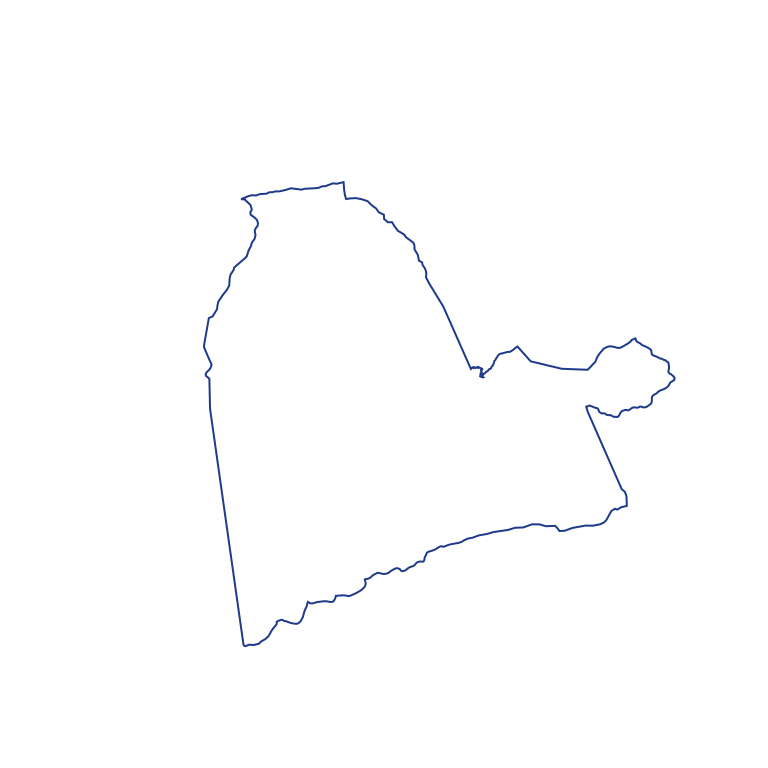 Cafayate, Salta, Argentina, rotated 59°
{"feature_id": "61730980B8590137946072", "entity_name": "Cafayate", "entity_type": "district", "adm_level": 2, "iso_a3": "ARG", "parent_name": "Argentina", "parent_adm1": "Salta", "projection": "equal_earth", "projection_center": [-65.829, -26.11], "detail": "fine", "context": "isolated", "style": "outline", "palette": "blue", "viewbox_px": 768, "rotation_deg": 59, "n_neighbors": 0, "source": "geoboundaries", "source_scale": "gbopen_adm2", "svg_char_len": 6141}
<svg xmlns="http://www.w3.org/2000/svg" viewBox="0 0 768 768"><g transform="rotate(59 384 384)"><path d="M237.3,500.2L257.3,517.6L259.6,519.3L273.3,521.2L276.5,521.5L278.7,521.9L280.7,524.1L281.7,526.2L282.7,530.4L284.1,532.1L286.0,532.3L287.4,531.6L289.6,531.0L315.5,545.8L535.3,638.8L536.6,638.5L537.3,638.0L537.6,636.1L538.2,633.6L540.8,629.8L541.0,628.7L542.1,625.4L542.1,624.4L541.6,622.6L541.4,621.4L541.4,620.5L541.5,619.5L541.5,616.8L541.0,614.8L540.9,613.5L538.9,609.6L538.1,608.5L537.5,607.3L536.9,605.9L536.3,604.7L535.0,600.6L534.4,599.5L533.7,599.0L532.6,598.5L532.5,597.6L532.5,596.8L533.3,593.4L533.6,592.8L534.2,592.3L535.1,592.0L536.1,591.3L536.9,590.1L538.5,588.9L540.9,586.9L543.0,584.6L544.6,582.4L544.9,580.8L544.8,579.2L544.4,577.9L543.8,576.7L542.0,573.6L541.1,572.6L540.3,571.8L539.7,571.3L537.9,569.3L536.2,567.1L535.6,566.0L534.6,564.7L532.2,562.3L531.6,561.4L533.0,560.8L533.9,560.1L535.0,558.8L535.5,557.5L535.9,556.2L536.1,554.6L538.8,548.4L540.3,545.6L543.2,542.3L544.3,539.8L544.0,538.6L543.2,537.1L541.9,535.4L540.8,534.4L542.5,530.9L544.3,527.5L545.4,526.0L547.4,523.9L548.0,522.5L548.3,520.6L548.9,515.5L549.0,511.4L548.8,508.8L548.3,506.5L547.9,505.2L547.2,504.1L546.4,503.1L545.4,502.3L544.4,501.9L541.7,501.2L541.7,500.4L541.9,499.8L542.3,499.2L542.6,498.1L542.8,497.2L542.9,496.3L542.8,494.4L542.4,493.1L542.2,491.8L542.5,487.0L543.0,486.0L546.2,482.8L546.7,482.1L547.5,480.5L548.2,477.8L548.1,476.5L547.9,475.3L547.8,473.1L547.9,470.3L548.2,468.4L548.9,467.3L549.8,466.5L550.7,465.8L551.5,465.8L552.8,465.5L553.8,464.8L554.3,463.9L554.7,461.9L554.7,460.8L554.4,459.3L554.3,457.8L554.3,456.2L554.6,454.8L555.0,453.2L555.1,451.9L554.8,450.5L554.1,448.4L554.0,447.1L554.2,445.8L554.6,444.9L555.2,443.8L555.7,443.2L556.5,441.6L556.1,440.7L555.3,439.8L554.2,439.0L553.1,437.6L551.9,435.7L550.9,434.5L550.6,432.9L551.0,431.1L551.7,428.4L552.2,425.5L552.2,423.3L552.1,421.2L552.2,419.7L552.6,418.3L553.7,417.4L554.2,416.6L554.5,415.4L554.9,412.9L555.3,410.8L556.3,407.9L558.8,401.4L559.3,398.5L559.2,395.5L559.4,394.6L559.6,392.0L561.4,387.1L562.6,380.7L565.4,373.5L567.4,366.2L573.0,352.8L574.7,345.8L578.7,338.5L580.5,329.5L584.3,323.1L589.2,318.6L593.7,310.4L596.1,309.7L600.4,309.3L602.9,304.6L604.4,296.7L609.1,284.3L613.1,277.8L615.5,271.2L616.0,266.8L615.1,263.4L609.9,254.4L609.9,250.2L611.8,248.7L611.8,243.9L612.6,241.8L613.5,238.6L606.1,234.5L604.1,233.7L600.4,233.1L596.5,234.4L513.0,223.7L507.6,222.4L508.4,218.8L513.4,215.0L514.5,213.7L516.0,213.3L517.7,213.7L519.2,213.7L521.4,212.6L522.1,210.9L523.2,209.8L525.1,209.0L526.3,207.8L526.8,206.5L528.2,205.3L530.6,203.9L531.5,202.2L532.6,200.8L532.0,198.4L530.5,196.4L529.8,193.8L530.2,191.4L531.2,189.4L532.3,188.5L532.5,186.9L532.3,184.4L532.5,182.0L533.9,180.4L535.0,178.6L535.3,176.0L536.2,174.8L537.4,174.0L538.3,172.7L538.8,171.3L538.8,169.5L538.6,167.1L538.2,164.8L536.6,163.2L535.1,162.3L533.4,161.2L532.3,159.1L532.4,154.9L531.9,153.1L531.8,151.2L532.0,149.3L532.5,147.2L532.7,144.1L531.9,140.5L530.2,138.0L530.1,133.3L528.8,131.9L526.8,131.8L523.6,132.9L522.1,133.8L520.9,134.1L519.3,133.6L517.7,131.9L515.7,130.6L513.7,129.8L511.8,129.2L510.7,129.9L508.2,130.8L507.4,131.8L505.2,133.0L504.6,134.1L502.6,135.2L500.9,136.2L499.6,137.4L498.4,138.3L496.6,139.1L494.5,138.4L492.9,137.7L491.6,137.7L489.4,138.8L487.4,140.0L485.4,141.3L483.4,142.9L481.8,143.2L480.4,143.9L478.7,145.1L476.9,145.5L474.3,145.1L474.1,147.2L473.8,149.0L474.6,150.8L474.9,153.2L474.9,158.8L474.7,162.5L474.4,163.5L472.8,165.8L470.6,167.7L469.2,169.4L467.7,171.5L467.1,174.2L466.9,178.0L467.8,180.0L468.6,182.7L469.6,185.0L471.0,187.8L472.4,189.5L473.9,191.6L474.7,194.8L475.6,197.7L476.7,202.1L462.5,223.8L440.1,246.6L420.6,250.3L420.7,250.9L420.8,253.1L421.2,255.1L421.3,257.1L421.3,258.4L421.3,259.5L420.9,260.3L420.2,261.4L419.8,262.9L419.2,264.9L419.0,266.1L418.5,267.1L418.3,267.6L417.9,269.3L417.9,269.9L418.0,270.6L418.5,272.1L418.8,272.6L419.1,273.0L420.0,275.0L420.6,275.8L421.1,277.5L422.8,279.2L423.5,280.3L424.4,281.6L424.6,282.6L424.8,283.1L425.7,284.3L425.8,284.7L425.8,285.2L425.6,285.6L425.5,286.5L425.7,287.0L426.3,288.4L426.3,289.3L426.1,289.7L426.1,290.1L426.6,291.3L426.7,292.1L426.6,293.1L427.3,294.6L427.9,295.2L428.3,295.5L428.6,295.5L429.1,295.6L429.4,295.5L429.3,295.9L429.1,296.1L428.7,296.4L427.9,296.6L427.6,296.8L427.6,297.2L427.4,297.5L426.7,297.6L426.3,297.2L426.0,296.7L425.8,296.2L425.5,295.9L424.8,295.8L424.6,295.7L424.7,295.3L425.4,295.1L425.5,294.6L425.4,294.5L424.3,294.7L423.3,293.8L422.7,294.0L422.4,294.0L422.1,293.8L421.9,293.5L421.8,293.2L422.1,292.7L422.1,292.3L421.8,292.0L421.6,292.0L421.0,292.5L420.3,292.8L419.4,293.6L419.0,293.8L418.9,294.0L418.7,295.1L418.4,295.1L418.0,294.4L417.8,294.4L417.6,294.7L417.6,295.0L417.8,295.4L417.7,296.0L417.3,297.3L416.7,297.3L416.5,298.0L416.6,298.5L416.6,298.8L416.4,298.8L416.0,298.4L415.8,298.4L415.6,298.6L415.4,299.1L415.3,299.5L415.8,301.2L415.9,301.8L361.9,295.0L348.0,293.3L321.8,293.5L314.2,293.1L311.3,290.9L308.4,289.8L306.2,289.4L301.6,289.6L299.4,288.7L296.3,290.5L290.8,288.5L284.4,288.5L280.7,286.5L278.2,286.0L269.4,289.6L266.6,289.6L263.0,291.4L260.2,293.1L253.6,293.8L249.4,293.8L247.4,297.3L242.6,298.9L238.8,296.9L234.2,300.0L229.3,300.4L225.2,302.2L218.8,303.9L214.4,307.7L210.2,312.3L207.5,317.4L206.0,321.2L202.2,320.3L197.4,318.3L190.1,314.7L188.1,321.2L185.7,324.5L184.2,332.4L182.6,335.3L182.2,339.1L180.4,342.8L175.8,351.5L174.9,354.6L168.3,363.0L167.0,368.3L165.0,374.5L163.0,377.8L162.1,380.9L160.6,383.5L160.4,386.6L157.3,392.6L156.6,396.3L154.0,400.3L152.9,404.7L152.0,411.3L153.9,408.6L154.5,408.0L155.7,408.0L157.9,407.3L161.6,406.3L165.4,407.1L166.9,408.0L167.7,410.0L170.2,411.1L174.9,409.1L177.6,408.5L179.0,408.6L181.5,409.3L183.5,411.1L184.1,413.1L185.6,415.5L187.6,416.6L189.6,417.1L191.2,418.4L193.2,420.6L194.1,422.9L194.9,424.6L196.6,426.3L197.7,427.7L198.5,429.2L200.1,431.6L201.9,433.6L204.0,436.1L204.6,438.6L206.6,450.2L207.1,452.6L208.8,454.2L211.2,459.2L214.0,461.9L219.1,465.4L220.2,466.4L222.3,470.1L224.8,476.6L228.0,483.5L230.8,486.2L233.9,488.6L237.8,496.1L237.3,500.2Z" fill="none" stroke="#1e3a8a" stroke-width="2"/></g></svg>